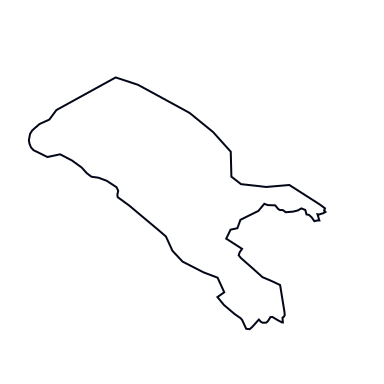 the district of Degema, Rivers, Nigeria, rotated 135°
{"feature_id": "59680162B23543460253472", "entity_name": "Degema", "entity_type": "district", "adm_level": 2, "iso_a3": "NGA", "parent_name": "Nigeria", "parent_adm1": "Rivers", "projection": "robinson", "projection_center": [6.907, 4.58], "detail": "fine", "context": "isolated", "style": "outline", "palette": "ink", "viewbox_px": 384, "rotation_deg": 135, "n_neighbors": 0, "source": "geoboundaries", "source_scale": "gbopen_adm2", "svg_char_len": 1529}
<svg xmlns="http://www.w3.org/2000/svg" viewBox="0 0 384 384"><g transform="rotate(135 192 192)"><path d="M165.0,327.0L228.4,345.4L230.1,345.8L241.7,344.1L251.8,347.9L255.7,348.1L257.2,348.3L261.7,348.5L265.4,347.6L270.8,343.9L272.8,341.0L274.3,337.5L274.5,333.6L273.2,329.9L269.5,319.0L258.6,311.9L254.6,299.2L252.7,287.3L253.1,279.6L252.3,273.9L248.0,268.2L244.4,260.3L242.0,248.8L243.3,245.1L246.9,242.7L248.2,240.9L246.0,227.0L242.7,189.5L241.9,179.0L247.4,164.2L247.9,149.4L240.6,126.9L234.5,113.3L240.1,98.3L248.3,99.7L249.3,89.6L249.3,89.4L248.6,80.9L248.1,75.2L246.9,68.5L247.0,66.2L250.4,57.0L250.3,56.8L248.2,54.2L244.8,54.0L235.7,54.5L234.9,54.5L235.1,51.3L234.3,49.4L232.0,47.2L230.4,47.0L228.6,47.2L225.0,48.1L223.5,46.8L222.0,40.7L220.6,36.2L220.0,35.5L216.8,39.2L216.7,39.2L215.6,38.8L213.6,39.3L211.5,41.7L195.5,63.9L197.3,69.0L199.1,73.9L202.4,82.0L203.0,93.5L204.1,110.9L203.7,114.3L200.8,115.7L196.8,116.4L200.8,134.8L195.9,136.5L191.4,138.1L185.5,134.3L177.4,138.1L158.5,131.7L149.2,132.5L147.7,129.2L142.6,123.7L143.1,118.9L142.5,116.9L140.6,115.1L140.0,111.4L134.6,106.8L130.4,104.2L126.3,103.1L124.6,99.2L125.5,97.6L126.9,95.2L125.5,93.1L125.3,89.6L126.1,84.8L123.7,83.4L122.1,81.8L119.0,87.5L118.2,86.3L115.6,85.0L114.5,84.3L111.7,83.5L111.6,84.2L111.8,85.0L111.7,85.5L109.5,86.4L110.5,92.9L111.4,97.1L118.0,127.1L118.2,128.1L136.1,143.2L140.4,148.7L151.8,162.9L153.3,175.0L136.1,193.1L135.5,204.5L134.7,219.5L137.8,249.7L154.4,306.0L165.0,327.0Z" fill="none" stroke="#020617" stroke-width="2"/></g></svg>